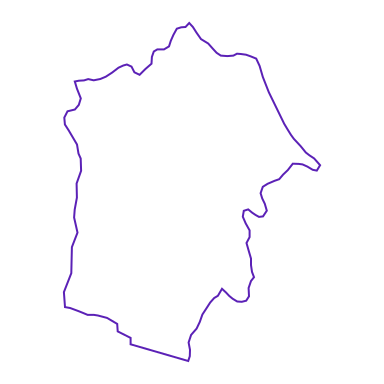 Paraipaba, Ceará, Brazil (Equal Earth projection)
{"feature_id": "56859067B23139491669089", "entity_name": "Paraipaba", "entity_type": "district", "adm_level": 2, "iso_a3": "BRA", "parent_name": "Brazil", "parent_adm1": "Ceará", "projection": "equal_earth", "projection_center": [-39.165, -3.424], "detail": "fine", "context": "isolated", "style": "outline", "palette": "violet", "viewbox_px": 384, "rotation_deg": 0, "n_neighbors": 0, "source": "geoboundaries", "source_scale": "gbopen_adm2", "svg_char_len": 1740}
<svg xmlns="http://www.w3.org/2000/svg" viewBox="0 0 384 384"><path d="M320.1,165.2L314.1,158.4L309.4,155.3L305.8,152.5L300.6,146.1L293.8,138.8L290.9,134.8L287.2,128.8L284.2,123.8L268.8,92.2L262.8,76.9L259.6,65.9L256.2,58.6L250.8,56.4L246.0,54.7L240.8,54.0L237.0,53.7L233.4,55.6L227.4,56.1L220.8,55.6L216.6,52.8L213.0,48.9L208.2,43.5L201.0,39.1L196.4,32.5L192.9,27.0L189.2,23.0L185.5,27.0L181.2,27.3L176.8,28.7L173.4,34.9L170.8,40.8L169.0,46.4L164.0,49.4L157.3,49.4L153.8,51.5L151.9,56.9L151.5,63.7L145.3,69.1L139.6,74.8L134.4,72.3L131.5,66.6L126.9,64.5L123.3,65.5L118.5,67.7L112.1,72.6L105.8,76.7L100.3,79.0L93.7,80.3L88.2,79.1L84.0,80.4L78.9,80.7L74.8,81.5L76.9,88.5L80.8,98.4L78.8,104.9L74.9,109.5L67.5,111.3L64.3,117.6L64.9,124.5L68.7,130.4L77.0,144.5L78.5,153.6L80.7,158.5L81.1,170.8L76.6,183.5L76.9,197.6L74.7,209.6L74.1,217.5L77.5,232.6L71.9,247.1L71.6,260.0L71.3,273.2L63.9,292.1L65.0,307.1L70.1,308.0L78.7,311.2L82.7,312.8L87.7,314.9L94.1,314.9L97.9,315.5L107.0,317.9L117.2,323.9L117.7,331.4L130.6,337.9L130.6,344.3L188.2,361.0L189.8,356.2L190.0,349.9L188.6,342.5L191.1,334.9L196.6,328.6L199.8,321.9L202.4,314.5L206.2,308.7L210.2,302.5L214.2,298.0L217.9,295.8L222.0,288.8L226.0,292.5L229.2,295.9L232.6,298.7L237.2,301.5L241.8,301.8L246.2,300.7L249.0,296.3L248.6,288.0L251.0,281.0L254.0,277.2L252.0,271.9L251.0,265.1L251.0,258.6L248.6,250.4L246.5,243.0L249.6,237.1L249.6,230.4L245.7,223.4L242.8,216.7L243.8,210.8L248.2,209.4L252.2,212.7L255.6,215.0L259.0,216.9L263.0,216.4L266.8,210.7L264.8,203.8L262.2,198.4L260.6,193.2L262.8,186.8L267.6,183.8L274.6,180.8L279.2,179.2L283.1,174.6L287.8,170.1L292.8,163.7L298.6,163.9L302.5,164.4L307.4,166.6L312.7,169.8L316.8,170.6L320.1,165.2Z" fill="none" stroke="#5b21b6" stroke-width="2"/></svg>